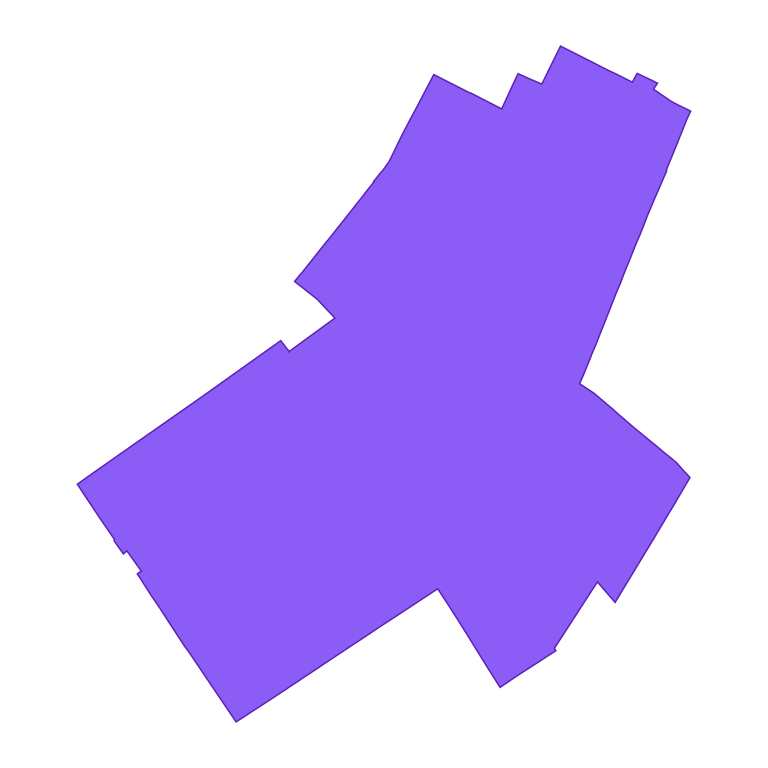 Bradeanu, Buzau, Romania
{"feature_id": "2599482B91105412745830", "entity_name": "Bradeanu", "entity_type": "district", "adm_level": 2, "iso_a3": "ROU", "parent_name": "Romania", "parent_adm1": "Buzau", "projection": "albers", "projection_center": [26.862, 44.9], "detail": "fine", "context": "isolated", "style": "filled", "palette": "violet", "viewbox_px": 768, "rotation_deg": 0, "n_neighbors": 0, "source": "geoboundaries", "source_scale": "gbopen_adm2", "svg_char_len": 2816}
<svg xmlns="http://www.w3.org/2000/svg" viewBox="0 0 768 768"><path d="M555.9,650.7L555.3,649.7L554.3,648.3L554.6,648.0L563.8,633.8L597.4,581.9L615.1,602.4L621.1,592.5L650.8,543.5L651.8,541.8L653.4,539.4L654.3,537.8L654.8,536.9L666.5,517.2L673.8,505.2L678.1,497.8L685.9,484.5L689.5,478.4L690.0,477.6L688.5,475.9L684.5,471.6L679.1,465.6L678.0,464.4L677.0,463.2L671.6,458.5L664.3,452.7L655.8,445.5L649.6,440.5L641.3,433.6L634.3,427.9L630.4,424.6L628.6,423.0L625.6,420.4L618.1,414.0L612.1,408.5L611.0,407.6L607.2,404.5L602.8,400.7L595.1,394.2L594.6,393.7L579.6,383.7L583.5,374.8L587.1,366.0L590.5,357.7L591.7,354.4L595.7,345.1L601.2,331.0L604.9,321.9L616.2,293.1L620.7,282.5L622.8,276.8L625.3,270.4L629.1,261.3L631.4,255.5L634.9,246.6L636.9,241.8L639.9,235.0L646.7,217.7L646.8,217.1L650.1,209.4L654.1,199.9L658.9,188.9L664.4,176.1L666.6,171.1L666.4,169.9L666.9,168.6L676.6,145.0L679.3,138.2L680.2,135.9L680.7,134.9L680.9,134.3L682.4,130.5L684.7,124.7L687.3,118.3L689.1,114.6L689.5,113.8L689.7,113.2L690.3,112.0L690.5,111.6L690.7,111.2L687.9,109.7L680.0,105.9L678.1,105.0L671.3,101.4L666.2,97.9L658.6,92.8L653.5,89.2L657.5,83.2L650.7,79.8L647.3,78.2L637.1,73.4L632.3,82.2L617.8,74.8L608.6,70.5L602.0,67.2L601.7,67.0L585.6,58.8L560.5,46.1L541.8,84.1L528.8,78.5L518.1,73.7L517.2,75.5L516.6,76.8L513.9,82.4L501.7,108.9L485.1,100.4L470.9,93.1L469.4,92.7L433.8,74.6L416.3,108.0L409.0,121.6L407.9,123.8L402.7,133.6L401.1,136.9L399.4,140.4L399.2,140.8L395.9,147.6L392.1,155.4L390.8,158.2L389.8,160.0L389.3,161.4L388.5,162.3L387.8,163.4L386.1,165.7L383.7,169.2L382.2,171.0L380.0,173.4L373.6,181.6L374.0,181.8L365.0,193.1L364.3,194.2L327.5,240.7L326.6,241.5L321.6,247.9L316.5,254.3L309.8,262.8L307.0,266.3L303.9,270.2L301.5,273.3L301.3,273.4L300.4,274.2L299.2,275.8L298.6,276.5L297.5,277.8L297.0,278.5L295.3,280.6L294.6,281.5L296.9,283.3L300.4,286.0L316.9,299.0L334.9,318.1L289.5,351.2L289.2,351.5L289.2,351.4L286.8,348.5L285.1,346.4L284.8,345.9L280.8,340.6L254.5,359.3L201.7,396.9L189.3,405.6L140.7,439.6L140.1,440.0L102.2,466.6L96.9,470.3L77.3,484.2L78.7,486.2L85.1,496.0L99.6,517.8L114.5,539.5L114.1,540.8L117.6,545.8L123.4,553.9L126.9,550.9L141.3,571.1L137.3,573.8L143.8,583.9L151.4,595.8L157.3,604.4L160.0,608.4L160.9,609.8L161.1,610.2L172.0,627.0L184.3,645.8L184.8,646.5L189.9,653.5L196.9,663.9L216.7,693.3L236.1,721.9L247.4,714.6L252.0,711.5L263.2,704.3L284.5,690.3L291.6,685.5L298.8,680.8L302.1,678.5L312.0,672.0L318.8,667.5L323.4,664.3L325.6,662.9L330.8,659.4L352.2,645.2L366.6,635.7L381.3,625.8L397.9,615.0L404.3,610.8L417.2,602.3L422.2,599.0L423.6,598.1L429.3,594.4L434.9,590.6L437.8,588.8L449.7,607.1L457.6,619.5L468.9,637.5L478.7,653.4L484.8,663.1L485.9,665.0L495.0,679.4L500.1,687.4L516.8,676.0L525.8,670.2L534.8,664.4L537.9,662.4L546.9,656.5L555.9,650.7Z" fill="#8b5cf6" stroke="#5b21b6" stroke-width="1.5"/></svg>